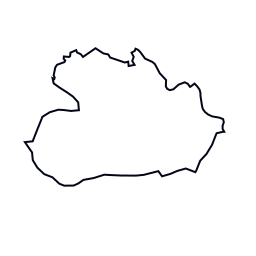 the district of Unchon, Hwanghae-namdo, North Korea, rotated 21°
{"feature_id": "82179303B30475034164158", "entity_name": "Unchon", "entity_type": "district", "adm_level": 2, "iso_a3": "PRK", "parent_name": "North Korea", "parent_adm1": "Hwanghae-namdo", "projection": "robinson", "projection_center": [125.456, 38.592], "detail": "fine", "context": "isolated", "style": "outline", "palette": "ink", "viewbox_px": 256, "rotation_deg": 21, "n_neighbors": 0, "source": "geoboundaries", "source_scale": "gbopen_adm2", "svg_char_len": 1412}
<svg xmlns="http://www.w3.org/2000/svg" viewBox="0 0 256 256"><g transform="rotate(21 128 128)"><path d="M206.7,145.1L207.0,143.4L207.1,132.8L210.6,124.0L212.5,113.5L212.5,106.4L212.6,101.1L217.9,97.6L219.2,97.0L216.7,95.0L215.6,92.2L215.5,91.9L215.4,88.3L213.6,85.6L212.7,85.6L209.5,85.6L202.4,87.0L198.0,86.7L194.0,85.4L191.0,83.4L189.1,80.7L184.2,72.1L183.0,69.2L181.0,66.5L178.0,64.5L174.2,62.7L172.6,65.3L171.6,66.9L171.2,67.4L168.0,65.3L164.6,65.0L159.7,69.4L156.5,75.6L153.4,77.7L150.5,77.3L148.4,75.6L146.4,69.6L138.0,65.5L130.2,58.7L127.1,57.6L119.1,57.1L112.4,52.8L109.3,51.4L106.6,51.3L106.7,53.6L104.3,56.4L107.9,59.6L107.9,63.9L111.5,66.7L106.4,69.9L104.4,66.0L101.6,68.0L86.1,68.6L83.2,66.4L78.3,67.2L69.1,65.2L60.5,77.8L57.7,76.1L53.3,75.7L51.7,73.9L47.3,78.3L48.2,81.7L47.5,82.8L42.5,84.2L43.1,86.4L45.2,87.5L45.0,89.3L39.1,94.4L38.4,97.4L39.7,105.4L41.5,107.2L41.6,108.7L39.7,108.5L42.6,113.0L49.6,114.8L58.4,116.6L65.4,118.4L72.3,121.9L75.8,129.0L68.7,132.5L61.7,134.2L56.4,135.9L49.4,141.2L44.1,148.2L44.0,155.3L43.9,160.5L43.8,171.1L43.8,174.6L36.8,178.1L42.0,181.7L47.2,185.2L48.9,188.7L50.7,192.2L57.6,197.5L66.3,201.1L75.1,201.1L83.8,204.6L89.1,204.7L97.9,201.2L101.4,197.7L105.0,192.4L113.8,187.1L122.6,180.1L127.9,178.4L138.4,174.9L152.5,169.6L159.5,166.1L171.8,157.4L177.1,160.9L184.1,155.6L189.4,150.4L196.5,145.1L206.7,145.1Z" fill="none" stroke="#020617" stroke-width="2"/></g></svg>